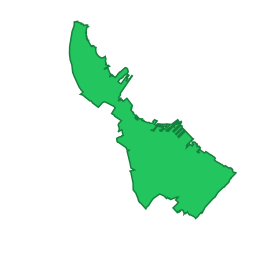 Kota Jakarta Utara, Jakarta Raya, Indonesia (Robinson projection), rotated 44°
{"feature_id": "22746128B85966169947265", "entity_name": "Kota Jakarta Utara", "entity_type": "district", "adm_level": 2, "iso_a3": "IDN", "parent_name": "Indonesia", "parent_adm1": "Jakarta Raya", "projection": "robinson", "projection_center": [106.852, -6.136], "detail": "fine", "context": "isolated", "style": "filled", "palette": "green", "viewbox_px": 256, "rotation_deg": 44, "n_neighbors": 0, "source": "geoboundaries", "source_scale": "gbopen_adm2", "svg_char_len": 5742}
<svg xmlns="http://www.w3.org/2000/svg" viewBox="0 0 256 256"><g transform="rotate(44 128 128)"><path d="M236.8,85.3L235.9,85.6L234.5,86.7L233.8,86.7L232.0,85.2L231.0,85.5L230.9,85.2L230.2,85.2L228.9,85.8L228.5,86.8L224.1,87.5L223.9,89.0L220.9,89.0L220.3,89.5L218.2,89.8L214.7,90.8L212.4,91.0L211.8,89.2L210.7,89.0L206.8,89.6L205.0,90.2L201.7,90.6L200.4,91.0L200.6,92.6L199.9,92.9L196.6,93.5L195.2,93.5L194.8,94.5L194.7,96.2L196.3,96.3L196.1,96.7L194.6,97.1L194.1,97.1L194.0,96.8L194.1,94.7L194.1,94.0L193.9,93.7L193.9,92.0L191.7,91.8L191.6,92.1L192.1,92.4L190.9,92.7L190.8,93.3L190.2,92.9L190.3,92.4L189.6,92.4L189.2,91.6L187.8,91.5L189.0,91.9L188.9,92.3L187.4,91.8L185.7,91.8L184.5,92.8L184.5,93.7L184.9,93.7L184.9,94.5L185.4,94.5L185.4,94.2L186.6,94.5L186.7,96.2L185.7,96.2L185.7,96.5L184.4,96.5L183.9,96.8L183.7,101.3L183.3,100.5L182.7,100.4L182.2,99.7L182.2,98.7L182.5,98.7L182.2,98.4L182.3,96.4L182.6,96.5L182.6,96.3L182.3,96.3L182.4,93.8L182.7,93.8L182.7,93.6L182.4,93.7L182.4,91.5L182.7,91.5L182.7,91.3L182.1,91.4L182.1,90.8L182.4,90.8L182.4,90.5L182.0,90.7L171.4,90.3L171.2,99.5L170.9,99.3L169.7,99.4L169.9,90.2L167.7,90.2L167.4,99.2L166.3,99.2L166.6,90.2L165.7,89.1L164.4,89.1L164.1,89.4L163.8,99.1L162.5,99.0L162.8,87.9L162.5,87.6L162.4,86.6L162.0,86.5L162.0,87.1L161.6,86.8L161.5,89.7L161.2,89.9L160.9,89.9L160.8,88.4L160.6,91.2L160.4,91.4L160.1,91.4L160.3,87.3L160.1,88.0L159.7,88.0L159.5,94.2L159.8,94.8L160.7,94.9L160.7,95.2L159.4,95.1L159.3,102.5L158.4,103.0L158.3,102.8L158.9,99.6L158.1,99.5L157.4,103.3L157.2,103.3L156.7,103.9L157.7,99.4L158.3,97.9L158.6,94.4L157.7,94.3L156.1,95.9L155.6,100.1L155.3,100.4L154.2,106.2L153.9,106.2L153.9,106.7L154.4,106.9L153.8,107.5L153.7,107.1L152.5,107.7L152.2,107.2L152.7,106.8L153.4,104.1L153.5,103.8L153.1,103.7L153.5,103.1L153.1,102.9L150.3,104.7L149.9,104.7L150.0,104.9L148.0,106.1L147.9,108.8L148.1,109.0L148.4,111.8L148.7,112.2L145.5,113.8L147.4,112.5L147.4,106.2L147.5,105.0L153.7,101.1L154.4,97.1L153.0,98.2L152.2,99.4L149.7,101.8L146.7,104.1L146.3,104.7L146.3,106.5L145.5,107.0L144.5,107.0L144.1,102.7L141.4,103.6L141.4,106.0L142.2,106.4L142.4,106.9L142.3,107.6L141.1,108.8L140.1,109.4L139.7,109.3L139.0,109.6L138.1,110.7L134.0,112.2L133.9,111.6L133.6,111.7L133.6,112.5L132.5,112.8L132.1,112.5L131.9,111.5L131.6,111.7L131.8,112.4L129.9,113.1L129.3,113.6L128.8,115.2L129.1,115.7L127.6,115.8L126.8,116.1L126.0,115.8L125.6,114.9L126.1,114.5L127.5,115.0L128.3,114.9L128.8,113.9L128.5,113.4L125.0,113.2L125.0,113.6L124.6,113.8L121.6,113.9L121.5,113.7L121.1,113.7L121.1,113.1L117.7,113.2L117.5,112.5L117.1,112.5L117.0,111.1L116.8,110.9L116.1,111.0L116.0,109.5L115.5,108.8L106.6,107.4L106.0,112.2L104.3,111.8L103.7,113.0L103.2,113.0L102.9,112.2L102.4,112.3L102.3,111.5L102.1,111.5L102.6,114.8L102.0,114.9L101.6,112.8L100.1,112.6L99.6,109.3L98.5,108.5L98.2,107.4L94.9,87.5L94.4,87.6L95.6,94.7L93.8,95.1L93.5,92.7L92.6,92.9L92.0,89.4L90.7,89.7L92.3,100.9L91.2,101.4L88.6,101.6L88.7,102.1L88.2,98.1L88.5,97.2L89.0,96.8L88.8,96.3L89.1,95.0L88.8,93.5L89.4,88.1L88.8,87.1L88.3,87.0L87.0,86.0L85.8,85.8L84.8,86.0L84.3,86.5L84.0,86.9L83.5,93.6L83.2,93.6L83.3,96.8L83.6,97.0L83.7,99.4L83.5,99.5L83.5,100.7L80.8,100.7L80.8,101.5L80.6,101.5L80.5,100.7L79.5,100.8L79.4,103.7L79.2,103.7L79.1,102.2L78.5,102.2L78.5,101.2L76.8,101.2L71.6,98.7L69.9,102.7L70.3,100.5L70.1,100.3L70.2,100.0L70.3,99.7L70.7,99.6L71.8,96.4L70.2,96.6L69.9,97.4L69.5,97.6L68.6,97.4L68.2,97.8L67.8,97.7L67.9,97.2L67.2,96.9L67.5,96.1L67.1,96.5L65.1,95.4L63.9,93.4L63.3,93.4L61.9,92.3L61.1,95.3L59.5,96.4L56.7,96.8L54.3,96.5L52.3,95.7L49.8,93.6L49.1,92.3L48.9,92.3L48.3,93.0L46.2,92.7L45.7,93.9L45.4,93.4L45.0,93.5L44.6,94.7L40.3,93.5L38.7,92.3L38.1,93.1L36.9,92.1L36.7,92.6L36.1,91.9L35.6,92.1L35.3,91.2L34.5,90.6L34.2,91.0L33.4,90.1L32.0,88.7L31.8,88.8L31.9,88.5L31.4,88.0L31.2,88.1L31.0,87.5L30.2,87.2L29.5,85.7L28.5,84.4L29.1,82.7L28.3,82.9L27.7,82.2L27.3,82.6L27.1,82.3L26.4,82.9L25.1,84.9L23.8,84.4L22.3,85.6L21.9,84.9L18.1,86.8L17.7,86.3L16.6,87.7L16.8,88.2L15.7,88.9L18.3,92.0L20.7,97.3L29.5,110.0L34.5,115.4L39.1,119.1L43.9,121.7L49.6,126.4L53.9,128.4L64.5,132.5L68.4,133.3L70.3,133.2L70.8,133.6L70.4,136.9L72.2,135.8L81.4,135.0L83.2,134.1L85.1,134.6L92.3,133.7L92.0,127.5L92.8,125.6L94.1,124.9L102.6,122.3L104.7,122.3L106.2,129.0L108.9,128.3L110.1,128.8L118.2,127.3L118.2,130.9L118.6,132.2L119.4,133.0L121.3,133.9L122.5,134.9L123.1,135.8L123.7,137.8L123.9,136.2L124.8,133.6L129.7,136.7L128.9,138.0L129.2,138.8L128.2,140.1L127.2,142.6L127.3,143.6L129.3,145.1L130.2,145.5L131.4,144.9L140.2,143.4L142.1,144.3L143.2,144.1L143.8,143.9L144.4,142.4L144.2,143.8L143.5,145.3L154.1,152.0L157.9,154.7L161.8,153.7L159.4,157.6L161.1,158.0L170.2,164.3L174.7,168.9L178.9,169.4L184.2,171.8L186.4,173.2L186.9,173.0L188.1,173.5L190.0,173.2L197.0,173.8L196.3,171.4L196.6,170.6L196.6,169.2L195.5,164.0L195.2,160.9L196.6,153.6L199.0,152.5L200.7,152.0L202.3,151.7L203.1,152.0L204.8,151.8L204.4,150.6L206.7,150.4L206.7,149.7L208.3,149.9L211.0,144.1L212.1,143.0L212.2,146.7L215.8,146.5L216.1,149.3L215.9,154.2L222.1,154.6L222.1,153.9L222.6,154.0L222.7,153.1L222.9,153.2L223.0,152.6L222.8,152.3L223.3,152.4L223.4,151.8L223.1,151.8L223.2,151.3L222.8,151.3L223.3,149.8L224.4,149.0L227.7,150.3L228.1,150.9L228.1,149.5L228.9,149.5L229.1,147.1L231.8,147.8L232.7,147.7L232.7,147.3L236.7,146.0L238.1,145.8L239.5,146.1L239.7,142.8L239.4,141.8L239.3,137.8L240.3,138.0L240.2,136.7L239.8,136.2L239.1,133.2L238.5,131.7L238.2,119.2L238.6,117.1L237.6,112.9L237.5,109.9L237.8,104.4L238.3,103.6L238.0,101.1L238.2,100.4L238.2,97.3L238.1,96.5L237.6,95.7L237.0,94.1L237.2,92.8L236.8,92.6L236.9,88.6L236.7,88.1L236.9,87.4L236.8,85.3ZM157.1,93.4L158.3,92.9L159.0,91.8L159.1,87.7L158.0,87.5L157.1,93.4Z" fill="#22c55e" stroke="#15803d" stroke-width="1.5"/></g></svg>